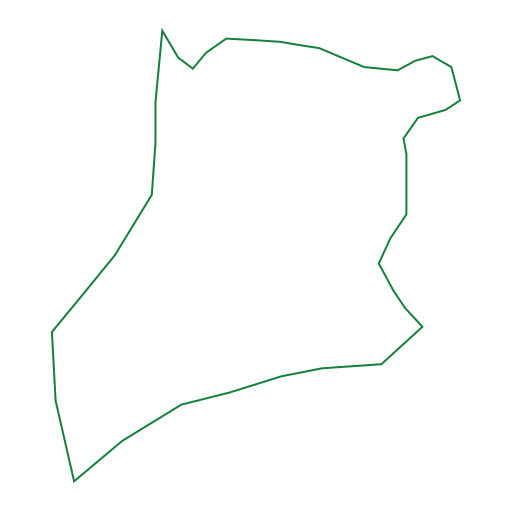 outline of Agios Epifanios Soleas, Nicosia, Cyprus
{"feature_id": "46923920B95806905806103", "entity_name": "Agios Epifanios Soleas", "entity_type": "district", "adm_level": 2, "iso_a3": "CYP", "parent_name": "Cyprus", "parent_adm1": "Nicosia", "projection": "equal_earth", "projection_center": [32.871, 35.058], "detail": "fine", "context": "isolated", "style": "outline", "palette": "green", "viewbox_px": 512, "rotation_deg": 0, "n_neighbors": 0, "source": "geoboundaries", "source_scale": "gbopen_adm2", "svg_char_len": 600}
<svg xmlns="http://www.w3.org/2000/svg" viewBox="0 0 512 512"><path d="M432.5,56.1L415.1,60.8L397.7,70.3L364.2,67.1L319.2,48.1L298.8,45.0L280.0,41.8L255.3,40.2L226.2,38.6L205.9,52.9L192.8,68.7L178.2,57.6L162.3,30.7L155.5,102.0L155.5,142.3L151.8,194.8L114.8,255.3L85.2,291.6L51.9,332.0L55.6,400.6L74.1,481.3L122.2,440.9L181.4,404.6L229.6,392.5L281.4,376.3L322.1,368.3L381.4,364.2L422.4,326.8L404.9,307.8L393.3,290.4L378.8,263.5L390.4,238.2L406.4,214.4L406.4,187.5L406.4,154.2L403.5,138.4L418.0,117.8L445.6,109.9L460.1,100.4L451.4,67.1L432.5,56.1Z" fill="none" stroke="#15803d" stroke-width="2"/></svg>